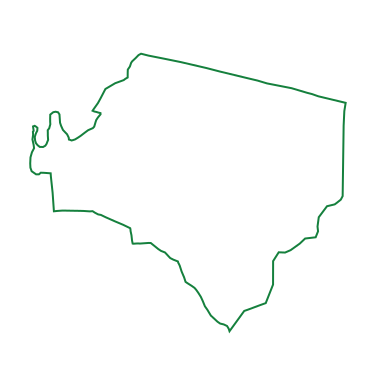 Al-Suwaira, Wasit, Iraq, rotated 356°
{"feature_id": "34846034B1283467893722", "entity_name": "Al-Suwaira", "entity_type": "district", "adm_level": 2, "iso_a3": "IRQ", "parent_name": "Iraq", "parent_adm1": "Wasit", "projection": "robinson", "projection_center": [44.846, 32.842], "detail": "fine", "context": "isolated", "style": "outline", "palette": "green", "viewbox_px": 384, "rotation_deg": 356, "n_neighbors": 0, "source": "geoboundaries", "source_scale": "gbopen_adm2", "svg_char_len": 2520}
<svg xmlns="http://www.w3.org/2000/svg" viewBox="0 0 384 384"><g transform="rotate(356 192 192)"><path d="M219.7,333.5L235.8,314.3L239.5,313.3L252.4,309.5L257.8,308.0L266.4,290.0L268.1,266.6L274.3,258.2L280.6,258.9L286.3,256.9L295.9,251.0L301.6,246.3L312.2,245.8L315.0,240.0L314.8,235.2L316.7,226.0L325.7,215.6L333.5,214.3L335.7,212.9L339.9,210.0L342.0,206.6L347.9,136.3L349.6,121.9L351.5,113.8L324.9,105.4L324.6,105.3L318.6,102.7L313.8,101.1L298.6,95.4L274.4,88.9L265.1,85.4L255.5,82.4L228.3,73.8L215.2,69.4L189.8,61.6L173.2,57.0L158.1,52.9L150.8,50.5L150.4,50.7L148.2,51.7L145.2,54.4L141.4,57.5L140.3,58.9L138.8,62.5L136.5,65.4L136.2,68.3L135.8,73.3L133.5,74.4L131.7,75.6L126.2,77.2L123.0,78.1L118.6,80.3L112.8,83.2L110.3,87.3L107.3,92.2L104.4,96.7L101.3,100.5L99.9,102.2L98.5,104.0L99.4,104.5L100.2,104.9L102.3,105.5L104.0,106.2L106.2,106.9L106.2,108.1L104.0,110.4L103.5,110.9L101.5,113.5L100.6,115.7L100.1,117.1L99.0,120.0L97.5,121.4L96.3,121.8L92.7,123.1L89.4,125.2L84.7,128.3L81.9,129.9L79.0,131.4L77.0,131.9L75.5,132.2L73.8,131.4L72.9,131.1L72.8,129.1L71.4,125.7L69.4,123.3L67.6,121.1L66.0,116.8L65.2,113.7L65.2,105.4L65.0,105.0L63.9,103.1L61.5,102.4L60.1,102.6L59.2,102.7L56.0,104.9L55.6,109.1L55.4,112.4L55.4,114.5L54.0,118.5L52.4,120.3L52.3,122.9L52.1,125.8L52.1,130.0L51.2,131.8L50.3,133.8L48.9,135.6L46.6,136.7L44.2,136.5L43.3,136.4L41.3,134.6L39.8,132.5L39.1,129.9L39.0,126.1L40.4,122.6L41.7,120.4L41.9,120.1L42.3,117.3L41.3,116.2L39.7,115.0L38.0,115.5L38.1,117.2L38.3,119.6L38.2,120.1L37.9,120.3L37.5,120.8L37.5,121.7L37.5,122.4L37.5,123.8L36.5,128.4L37.3,133.9L37.5,137.3L35.1,141.2L33.3,146.2L32.6,152.2L32.5,156.5L33.5,160.1L37.7,163.5L40.5,163.7L40.8,163.5L42.5,162.2L46.1,162.6L52.3,163.5L52.3,166.6L52.9,183.0L52.9,201.6L53.4,201.6L56.2,201.5L57.9,201.5L61.7,201.5L71.9,202.4L76.6,202.8L82.1,203.3L88.7,204.2L91.5,204.2L93.6,205.8L96.8,207.8L99.5,208.5L104.2,211.2L113.1,215.9L121.0,219.9L127.8,223.8L128.0,224.9L128.0,226.7L128.6,231.0L128.8,236.2L129.2,239.3L129.9,239.5L133.9,239.5L136.7,239.8L141.1,239.8L145.2,239.8L147.3,240.0L149.8,242.3L154.3,246.5L157.0,248.6L160.8,250.4L162.3,252.2L164.2,254.6L165.7,256.4L168.7,258.2L173.1,260.3L173.4,261.8L173.9,262.8L174.6,264.6L176.1,270.6L178.2,276.7L179.3,281.2L180.8,282.4L182.0,283.3L185.0,285.5L187.8,287.8L189.3,289.8L191.2,292.9L193.5,297.2L195.2,301.7L196.9,306.9L199.2,310.7L200.7,313.7L202.2,316.6L205.8,320.4L208.3,323.1L210.9,325.2L214.4,326.3L217.6,328.1L219.1,331.0L219.7,333.5Z" fill="none" stroke="#15803d" stroke-width="2"/></g></svg>